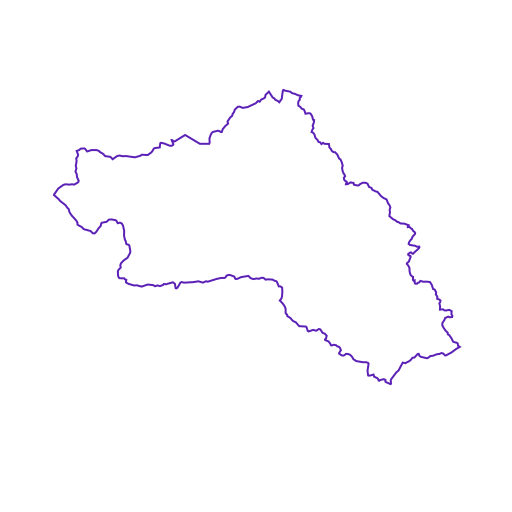 the district of Tay Giang, Quàng Nam, Vietnam, rotated 243°
{"feature_id": "81297802B8357375846053", "entity_name": "Tay Giang", "entity_type": "district", "adm_level": 2, "iso_a3": "VNM", "parent_name": "Vietnam", "parent_adm1": "Quàng Nam", "projection": "robinson", "projection_center": [107.448, 15.895], "detail": "fine", "context": "isolated", "style": "outline", "palette": "violet", "viewbox_px": 512, "rotation_deg": 243, "n_neighbors": 0, "source": "geoboundaries", "source_scale": "gbopen_adm2", "svg_char_len": 6089}
<svg xmlns="http://www.w3.org/2000/svg" viewBox="0 0 512 512"><g transform="rotate(243 256 256)"><path d="M282.1,138.4L281.5,139.6L280.8,139.9L280.6,140.3L279.8,146.4L276.8,151.1L274.9,152.3L274.5,154.9L272.8,156.7L272.4,159.9L272.9,161.2L271.7,162.9L270.3,170.0L268.0,171.1L263.9,169.8L263.3,170.2L263.4,171.6L266.6,176.6L266.6,177.8L264.9,179.8L261.3,188.0L259.6,193.2L256.4,196.6L256.2,199.9L255.0,201.4L253.4,210.7L252.3,214.9L250.7,218.1L250.9,219.3L251.9,220.9L251.5,223.2L250.5,224.6L247.5,227.3L245.2,227.2L244.7,227.5L244.1,229.2L243.9,233.3L241.7,240.2L238.8,241.1L236.7,243.0L235.6,246.6L234.4,248.1L234.1,250.7L233.5,252.2L233.0,252.8L230.6,253.8L229.8,256.1L227.4,260.1L225.8,261.1L224.2,262.7L223.4,262.9L218.6,262.5L217.8,264.0L215.9,264.9L212.3,263.3L208.1,260.8L206.5,259.2L205.5,257.0L201.8,258.2L198.2,258.7L195.8,258.5L191.4,256.4L189.6,257.1L188.2,256.6L185.2,258.5L182.0,259.2L180.7,259.9L178.9,261.4L173.9,262.6L170.5,268.4L169.7,268.7L165.8,268.1L164.9,268.6L164.2,273.4L162.1,275.7L162.4,278.9L161.4,280.0L157.4,280.4L155.6,282.0L152.9,282.8L150.9,281.1L150.3,279.6L149.6,279.5L147.1,281.8L144.1,282.4L142.6,282.2L141.9,282.9L141.6,285.0L140.2,286.8L138.6,287.4L137.4,288.7L136.2,289.1L133.5,288.9L132.0,286.2L131.3,285.7L128.5,287.3L127.6,288.6L127.5,289.6L127.9,291.8L127.0,293.4L125.4,294.9L124.4,295.3L122.1,295.9L119.9,295.9L116.8,297.7L112.7,303.2L111.5,305.7L110.0,307.3L108.9,307.4L103.2,303.3L98.8,301.7L98.4,301.8L97.7,303.4L97.0,306.9L94.8,306.5L92.3,308.5L91.3,308.9L89.3,308.8L88.9,309.1L89.1,310.4L88.2,314.0L86.8,315.1L85.5,314.3L84.8,314.4L80.8,317.7L80.9,318.3L84.0,319.6L84.8,320.4L88.6,328.2L89.3,331.1L94.4,338.3L92.6,340.6L92.8,341.7L92.7,344.3L93.0,346.3L94.3,349.3L93.6,351.0L95.3,355.6L94.9,356.6L92.8,356.3L92.3,356.5L91.0,357.5L87.3,361.9L87.2,363.6L87.7,365.8L86.8,368.3L86.3,372.9L85.5,374.7L85.3,377.3L84.1,378.5L81.7,379.3L81.2,379.8L81.3,386.4L82.3,392.2L82.5,396.3L84.2,395.3L86.4,396.0L87.3,395.7L89.6,393.2L90.5,392.7L94.0,392.8L97.6,392.3L99.1,391.4L100.7,392.0L103.5,391.0L107.4,390.5L109.9,390.6L111.7,391.7L113.5,394.9L114.9,396.4L114.7,399.8L113.5,400.7L112.6,403.0L113.5,403.8L115.5,403.7L118.0,405.3L120.3,403.7L121.2,400.6L122.0,399.2L123.6,398.4L124.7,395.6L127.6,397.2L130.6,397.9L131.5,399.4L132.4,400.1L133.7,399.8L135.6,398.0L137.5,399.1L140.2,398.8L141.8,400.0L144.9,400.0L146.2,398.8L150.3,399.5L153.8,399.2L155.7,396.4L157.1,393.4L159.2,391.2L158.4,389.6L158.6,387.9L158.2,387.0L159.1,385.3L159.9,385.2L162.3,386.3L162.4,385.2L163.5,385.0L166.0,386.5L166.9,385.8L168.9,385.2L170.0,385.2L172.7,385.9L175.7,387.3L178.4,387.3L180.6,386.8L181.1,387.3L181.6,389.6L185.0,393.4L186.1,393.6L186.6,392.8L187.7,392.2L188.6,392.4L189.1,394.8L188.9,395.7L186.8,396.6L186.7,397.2L187.3,398.6L188.8,404.3L189.5,405.5L190.3,405.7L191.1,403.7L192.8,402.5L195.9,398.2L197.5,397.5L198.7,398.6L199.9,400.6L200.5,402.4L202.1,404.2L203.4,407.6L204.3,408.3L205.0,408.3L207.1,407.4L209.3,407.3L210.4,406.5L211.9,406.1L212.4,405.7L212.8,404.4L213.3,404.6L214.1,406.0L217.5,402.8L219.4,399.5L221.6,398.3L222.3,397.3L224.3,396.5L226.8,394.7L231.0,392.9L234.1,395.2L236.4,396.0L238.3,397.8L240.8,398.0L243.0,397.6L247.2,398.0L249.7,396.0L252.6,394.6L257.9,393.4L259.2,392.0L262.2,389.7L264.2,389.8L266.2,388.1L269.8,388.2L271.3,387.1L272.8,384.5L272.8,381.3L272.3,379.6L272.7,378.5L275.1,375.6L276.9,376.1L277.8,374.6L278.6,373.9L278.4,370.3L279.1,368.7L279.6,369.1L280.4,370.5L281.2,370.4L282.5,369.5L284.2,369.2L285.8,369.8L286.6,371.6L288.6,371.8L289.7,371.5L292.6,371.8L295.4,372.7L297.2,374.3L300.8,375.0L303.8,375.1L305.0,374.3L309.6,374.5L312.5,373.6L313.5,372.1L315.5,371.2L316.8,371.4L319.4,370.7L322.7,371.8L324.8,368.0L326.4,367.1L326.0,365.1L328.1,364.8L329.3,363.5L331.4,363.5L334.3,362.6L337.7,363.2L339.5,363.0L341.3,361.8L343.2,363.9L343.8,365.2L346.5,365.7L348.6,368.1L350.7,369.5L351.5,368.7L355.0,369.5L357.8,369.3L358.5,369.0L359.4,367.6L360.3,364.7L363.9,365.2L365.0,365.0L366.6,363.6L368.9,363.1L370.7,362.0L373.5,363.2L374.7,364.3L375.3,365.9L377.0,366.8L377.4,368.3L378.1,369.1L380.0,366.5L382.9,364.2L384.8,362.0L386.9,361.1L390.0,357.1L391.5,355.9L391.5,355.5L391.0,354.9L384.3,350.2L382.4,346.5L384.1,345.9L386.5,344.1L388.0,343.9L389.7,342.8L396.6,342.1L395.2,337.6L393.4,336.2L392.9,335.3L393.0,331.6L391.8,329.3L393.2,328.1L392.2,325.2L392.5,316.2L394.0,311.4L396.5,309.3L397.2,307.5L396.0,303.5L394.4,302.0L393.1,299.6L391.7,298.4L391.2,296.0L388.8,291.7L386.6,291.2L385.7,287.5L384.1,283.9L382.0,281.8L382.2,281.2L384.5,279.5L385.0,278.6L386.1,273.9L385.8,272.5L384.4,270.5L381.9,267.9L378.1,266.2L377.2,265.2L381.5,256.9L396.0,247.8L395.0,235.6L395.5,234.7L397.5,233.8L397.6,233.5L393.0,233.1L392.6,232.6L392.5,230.9L393.5,229.1L397.6,225.6L399.7,223.2L400.1,222.3L399.5,221.6L396.4,219.5L398.1,214.9L398.1,213.7L396.6,211.5L395.8,209.7L395.1,205.4L398.1,200.2L397.8,198.5L398.9,192.9L404.1,185.5L405.6,182.2L407.5,180.0L408.1,177.6L407.3,172.2L409.6,171.6L410.9,170.7L413.4,167.0L416.7,166.0L419.6,164.1L421.0,163.7L422.7,162.1L425.1,157.4L425.8,153.0L429.1,152.4L429.8,151.9L431.2,148.6L430.7,146.5L431.0,143.9L427.0,143.5L425.5,142.1L424.6,140.1L422.1,139.3L418.2,136.4L415.5,135.7L413.2,133.5L410.3,133.4L407.4,132.3L403.7,132.2L402.8,131.6L402.3,130.1L402.2,126.3L403.4,124.7L404.4,122.0L406.5,118.6L406.8,116.5L405.9,110.5L402.4,103.9L401.9,103.7L396.5,105.9L393.9,106.5L387.7,109.4L384.5,109.8L383.0,110.4L379.5,109.7L375.6,110.2L369.5,111.9L366.8,112.1L365.5,111.3L364.5,111.4L360.9,113.9L358.1,114.7L353.4,119.9L350.2,121.0L349.4,122.5L350.1,124.7L352.2,128.4L353.3,131.3L355.3,132.9L355.6,133.7L354.3,138.4L355.2,141.5L354.1,144.0L351.7,147.1L350.8,147.6L348.0,147.7L347.5,149.9L345.8,151.2L343.5,151.3L338.4,150.0L334.1,147.7L330.1,146.6L328.7,146.7L325.4,145.9L323.7,147.7L322.8,147.9L317.3,146.2L315.9,145.2L312.8,140.8L312.1,136.0L310.8,132.4L309.4,130.9L307.1,130.2L306.0,127.0L305.0,125.9L300.6,124.0L298.8,124.0L298.0,124.5L295.9,128.5L294.8,128.6L293.6,129.6L292.0,128.3L291.4,128.2L289.0,129.8L285.1,134.0L283.8,136.9L282.1,138.4Z" fill="none" stroke="#5b21b6" stroke-width="2"/></g></svg>